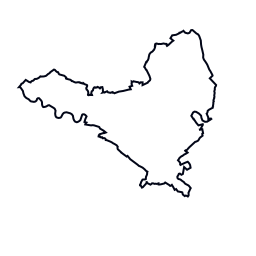 Blaj, Alba, Romania (Equal Earth projection), rotated 166°
{"feature_id": "2599482B66726389120043", "entity_name": "Blaj", "entity_type": "district", "adm_level": 2, "iso_a3": "ROU", "parent_name": "Romania", "parent_adm1": "Alba", "projection": "equal_earth", "projection_center": [23.921, 46.156], "detail": "fine", "context": "isolated", "style": "outline", "palette": "ink", "viewbox_px": 256, "rotation_deg": 166, "n_neighbors": 0, "source": "geoboundaries", "source_scale": "gbopen_adm2", "svg_char_len": 5802}
<svg xmlns="http://www.w3.org/2000/svg" viewBox="0 0 256 256"><g transform="rotate(166 128 128)"><path d="M81.1,203.0L81.6,202.3L82.0,201.2L81.6,201.2L82.4,199.5L83.8,197.6L84.8,197.1L85.1,196.7L86.0,196.2L87.7,195.7L89.1,194.6L89.5,194.2L90.8,191.6L91.2,190.6L91.7,189.8L92.5,188.8L93.1,188.5L94.0,187.4L94.4,187.6L97.5,183.4L97.1,182.8L96.4,180.1L96.0,179.8L94.6,173.4L94.4,170.2L95.1,169.0L97.5,167.7L97.9,167.2L103.5,166.1L102.8,168.8L104.9,169.3L105.6,168.7L106.1,168.5L106.2,169.0L107.2,170.1L108.4,170.5L111.4,172.0L111.8,171.7L112.8,171.8L113.2,172.2L113.6,170.3L113.9,170.0L113.7,167.9L116.5,167.7L116.0,164.9L118.0,165.1L123.7,165.1L128.0,165.5L132.8,165.0L134.2,166.5L134.8,166.1L135.4,166.6L136.6,166.4L138.8,167.5L139.4,168.7L141.7,168.2L141.7,168.4L144.2,168.5L143.6,169.0L143.3,169.9L143.3,170.5L143.0,171.7L143.0,173.9L144.6,174.1L144.8,173.9L144.8,173.7L145.6,173.2L146.1,174.0L147.5,175.2L148.0,174.9L148.8,175.1L149.2,175.2L149.4,175.2L149.6,174.9L150.3,175.2L150.3,175.4L150.6,175.6L151.1,175.5L151.5,175.2L152.4,174.1L152.9,173.0L154.4,172.3L155.4,170.2L154.9,169.0L154.9,168.7L157.4,169.4L158.2,169.3L158.8,169.7L158.7,170.4L158.0,171.3L157.9,173.4L158.5,175.0L158.9,175.4L158.9,175.6L158.8,175.8L158.9,176.8L157.6,178.3L157.5,178.9L157.3,179.2L157.3,179.4L157.7,179.8L159.9,181.3L160.1,181.9L160.6,182.5L161.0,182.1L161.5,182.2L162.6,183.1L162.8,183.0L163.1,183.2L163.0,183.4L164.0,184.1L164.4,184.0L164.7,184.3L165.2,184.5L167.6,184.7L168.8,185.4L170.9,187.2L171.3,187.2L171.7,188.1L172.2,188.7L176.1,190.8L176.2,191.1L175.7,191.9L177.2,194.1L181.6,196.6L182.1,197.5L182.3,199.0L183.4,199.6L184.2,200.7L184.9,202.1L185.7,202.6L190.0,200.9L190.8,200.2L192.5,199.7L194.6,198.6L195.3,198.4L197.2,198.4L199.8,198.9L200.4,199.3L200.8,199.2L201.6,198.6L203.0,198.1L204.4,197.8L205.2,197.8L206.3,198.1L206.8,198.0L207.7,197.3L208.9,196.8L209.7,196.9L210.9,196.4L211.5,195.8L212.9,196.6L215.6,199.4L219.3,196.9L220.7,196.7L221.4,195.8L223.9,194.0L222.8,193.8L222.2,192.5L221.0,189.3L221.1,187.0L220.7,183.8L219.4,181.7L217.4,179.9L216.4,178.1L215.7,177.3L212.9,176.1L211.4,176.1L210.1,176.8L209.1,178.3L208.1,178.7L207.1,178.4L205.5,175.5L205.2,173.9L205.7,171.6L205.7,170.2L205.3,169.0L204.8,168.7L203.5,168.6L202.0,168.7L200.1,169.3L199.0,169.2L195.3,165.5L194.5,164.5L194.1,162.4L195.2,159.6L195.4,157.8L195.3,156.6L194.8,155.6L193.2,154.6L192.1,154.4L190.9,154.4L190.1,154.9L188.1,157.2L186.8,158.1L185.6,158.3L183.8,158.1L180.6,156.3L179.3,155.1L178.5,153.3L178.7,150.1L178.4,148.3L177.7,146.9L176.3,146.0L175.4,146.0L173.6,146.5L172.3,147.2L169.2,152.0L168.4,152.2L167.3,151.9L166.3,151.0L165.4,149.3L167.1,147.2L168.8,144.4L167.1,143.4L167.9,142.9L168.6,141.8L163.8,139.7L162.9,139.4L162.1,139.4L160.5,138.9L155.9,136.1L155.6,135.7L155.3,134.2L152.4,131.4L150.6,129.0L152.3,128.8L152.6,128.8L153.0,129.2L153.6,129.0L157.1,128.8L158.1,128.0L158.6,126.9L157.9,126.5L157.1,126.4L157.1,125.8L156.9,125.6L155.3,125.3L155.1,124.9L155.2,124.3L155.0,124.1L153.6,124.0L152.8,123.4L152.6,123.1L152.5,122.5L152.1,121.9L152.3,121.6L151.5,121.3L148.1,118.8L146.8,117.6L146.2,116.8L145.1,115.9L143.2,114.0L142.5,112.3L142.9,111.7L143.1,110.5L143.0,109.8L140.4,105.9L140.5,105.8L136.2,100.6L135.2,101.0L133.4,97.2L127.6,90.1L126.5,88.5L125.7,88.0L123.4,86.0L121.8,83.8L120.9,82.1L119.7,80.9L120.3,80.0L120.5,78.9L121.0,78.0L122.4,76.2L123.1,74.1L123.7,74.0L124.8,74.1L125.8,74.4L126.4,74.4L128.4,72.3L129.1,71.0L130.1,70.0L130.2,69.5L129.6,69.3L128.9,66.8L127.9,67.0L123.4,70.0L123.1,71.0L122.9,71.0L122.9,70.3L122.4,69.7L119.9,67.6L118.9,68.0L118.0,68.5L116.8,68.1L115.9,67.4L114.8,67.3L114.0,66.9L113.4,66.8L111.8,66.9L112.0,65.8L111.4,65.6L109.7,65.4L106.2,65.4L105.1,66.1L101.7,62.6L101.3,61.8L100.9,61.6L100.4,61.6L99.2,62.2L98.3,59.4L97.7,56.7L96.1,57.1L95.0,54.4L91.5,52.8L90.9,52.4L90.9,50.2L89.4,48.2L88.4,48.5L88.2,48.4L86.9,47.6L86.5,47.1L85.6,47.8L85.4,48.3L85.1,49.7L85.0,50.5L82.1,54.1L81.7,54.5L82.1,55.2L82.1,55.4L82.7,56.7L83.2,57.6L85.8,59.9L86.3,60.6L86.8,61.9L88.9,64.3L89.2,64.9L90.0,65.6L91.4,66.3L91.7,66.8L92.0,67.2L92.0,68.6L91.7,69.1L90.8,69.8L89.8,71.2L89.3,71.3L88.7,71.2L87.5,69.7L85.9,70.1L83.0,76.5L80.8,73.2L76.9,74.3L76.7,77.0L77.1,78.7L78.2,80.8L80.7,80.5L86.0,79.5L86.1,79.9L85.9,79.9L85.9,82.0L87.3,84.6L86.4,85.3L85.5,86.3L84.3,87.0L82.8,87.7L82.1,87.7L79.8,88.7L78.2,89.0L76.1,89.7L76.4,90.2L77.3,91.1L77.3,91.5L77.9,91.8L78.0,92.2L77.1,92.5L76.5,92.3L75.5,92.8L74.6,93.6L73.8,94.0L73.5,94.3L66.2,98.3L65.1,98.3L63.2,98.7L62.2,99.5L61.2,100.6L60.3,101.3L57.5,102.5L57.5,103.6L57.3,104.5L56.4,104.8L56.2,108.8L58.6,108.9L58.6,109.2L57.7,109.1L57.5,109.6L57.0,110.4L54.6,113.0L54.6,113.6L59.0,113.5L60.5,116.5L62.0,120.8L62.3,120.7L63.6,124.5L61.1,127.3L59.6,127.8L58.0,127.2L55.7,124.9L54.1,122.3L54.3,120.1L53.9,117.3L51.8,115.4L49.7,115.0L46.0,116.2L45.0,116.6L45.2,117.1L46.5,117.3L48.0,116.7L47.6,119.1L48.2,122.9L47.8,123.1L47.1,124.0L46.5,125.4L44.8,126.2L40.8,127.2L40.7,128.0L40.1,128.7L40.1,129.2L39.3,130.9L39.2,131.7L38.9,132.4L38.5,132.8L38.6,133.0L38.3,133.4L38.4,134.2L37.7,135.3L37.2,135.9L37.2,136.4L36.6,137.2L36.4,138.9L36.1,139.5L35.4,141.1L35.4,142.7L34.4,144.4L34.4,144.9L33.8,146.4L32.5,147.6L32.1,148.4L36.6,156.4L33.3,158.3L33.3,159.1L34.3,163.1L35.0,165.1L35.7,169.9L36.2,171.8L36.4,172.2L36.8,173.5L37.8,176.0L38.0,177.7L38.0,178.3L37.2,180.9L37.1,184.9L37.1,188.8L36.9,191.3L36.2,195.3L36.6,199.5L36.8,200.6L37.5,202.1L38.7,203.1L41.7,207.4L43.0,207.7L45.3,205.5L47.0,205.3L49.1,206.4L49.5,206.7L50.7,208.9L51.5,208.5L53.0,208.3L53.4,208.0L54.9,208.0L54.9,207.6L58.8,206.8L62.7,207.2L65.1,204.8L62.9,201.8L64.4,201.2L68.7,198.8L70.3,198.2L70.5,198.7L70.1,199.9L70.2,200.2L70.5,200.4L71.5,200.6L73.1,201.4L75.7,201.5L77.3,202.0L78.2,202.1L78.6,202.4L80.0,203.1L81.1,203.0Z" fill="none" stroke="#020617" stroke-width="2"/></g></svg>